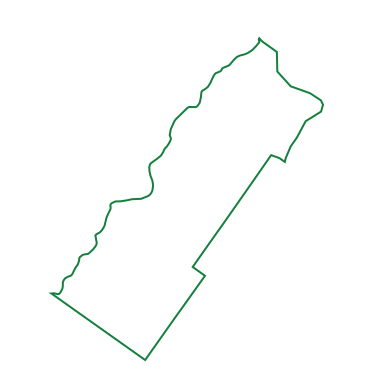 the district of Washington, Minnesota, United States of America, rotated 215°
{"feature_id": "52423323B91557188858785", "entity_name": "Washington", "entity_type": "district", "adm_level": 2, "iso_a3": "USA", "parent_name": "United States of America", "parent_adm1": "Minnesota", "projection": "albers", "projection_center": [-92.811, 45.021], "detail": "fine", "context": "isolated", "style": "outline", "palette": "green", "viewbox_px": 384, "rotation_deg": 215, "n_neighbors": 0, "source": "geoboundaries", "source_scale": "gbopen_adm2", "svg_char_len": 1861}
<svg xmlns="http://www.w3.org/2000/svg" viewBox="0 0 384 384"><g transform="rotate(215 192 192)"><path d="M134.0,27.5L133.8,78.8L133.6,95.0L133.3,130.8L148.4,131.0L148.4,135.5L148.4,147.0L148.3,170.4L148.2,184.4L148.2,187.4L148.2,212.1L148.2,226.7L148.3,267.6L139.8,269.9L133.2,269.9L134.7,273.6L137.3,286.0L137.3,296.6L139.5,315.2L132.4,331.9L134.7,338.6L138.9,341.0L152.1,340.6L171.7,335.2L191.2,339.6L202.8,355.4L220.8,355.6L225.1,356.5L225.0,355.9L224.5,354.9L223.1,353.8L222.8,353.1L223.1,348.7L224.0,343.0L226.1,337.7L227.9,334.9L230.9,331.4L232.5,328.8L233.4,325.3L234.0,318.5L234.5,316.6L237.8,311.4L238.1,310.4L237.8,308.4L237.9,307.4L239.2,305.2L240.5,303.3L240.9,302.0L240.9,299.6L239.5,291.7L239.3,287.2L240.1,284.3L241.5,281.1L241.7,279.9L241.4,278.9L239.0,274.6L237.2,270.4L236.8,268.8L236.9,265.6L237.2,264.4L237.6,263.7L242.5,260.4L243.3,259.8L243.6,259.1L244.1,257.8L244.9,253.4L247.0,242.2L247.0,239.7L245.4,231.2L242.8,225.7L240.0,223.8L239.5,222.8L239.1,221.4L238.7,217.4L238.7,214.8L239.2,211.8L238.5,208.3L238.3,204.0L239.6,199.4L242.0,192.5L242.2,191.4L242.2,190.3L241.1,187.6L238.7,184.6L235.1,181.3L231.3,178.8L229.0,176.6L227.4,174.6L225.3,170.5L224.9,168.4L224.9,165.8L225.3,164.5L225.8,163.3L229.4,157.8L229.5,157.6L229.7,157.3L237.1,151.6L240.7,147.7L245.4,143.2L248.6,140.9L249.4,140.2L251.2,137.1L251.6,135.8L251.6,135.3L251.2,134.1L250.2,133.2L249.0,131.3L247.5,122.4L244.3,114.2L244.0,112.0L243.9,109.0L244.3,106.2L246.1,102.3L246.2,101.0L240.9,95.7L240.1,94.1L239.9,91.3L240.1,88.4L241.3,82.5L242.1,81.2L243.8,79.7L245.5,77.8L246.5,74.3L246.3,72.9L245.5,71.8L244.8,70.0L244.0,67.2L244.0,62.6L242.9,55.8L243.4,53.6L245.0,51.6L246.4,48.6L246.5,46.1L246.0,43.9L243.8,40.8L242.7,38.4L242.2,34.8L242.2,33.5L242.5,32.3L243.5,31.2L246.8,30.0L249.0,28.2L219.9,28.0L134.0,27.5Z" fill="none" stroke="#15803d" stroke-width="2"/></g></svg>